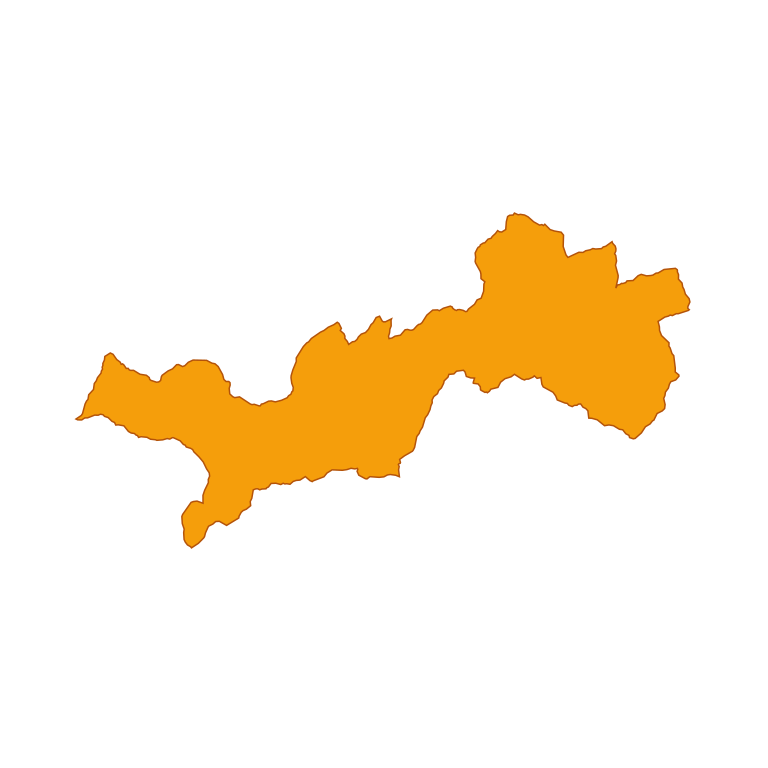 Yungay, Áncash, Peru, rotated 206°
{"feature_id": "86281439B99310220517112", "entity_name": "Yungay", "entity_type": "district", "adm_level": 2, "iso_a3": "PER", "parent_name": "Peru", "parent_adm1": "Áncash", "projection": "robinson", "projection_center": [-77.695, -9.174], "detail": "fine", "context": "isolated", "style": "filled", "palette": "amber", "viewbox_px": 768, "rotation_deg": 206, "n_neighbors": 0, "source": "geoboundaries", "source_scale": "gbopen_adm2", "svg_char_len": 6159}
<svg xmlns="http://www.w3.org/2000/svg" viewBox="0 0 768 768"><g transform="rotate(206 384 384)"><path d="M643.6,291.9L647.0,286.4L645.8,283.0L645.7,279.2L644.8,277.5L644.7,275.6L643.5,274.0L643.7,271.8L643.1,269.7L644.3,264.1L644.0,260.7L644.6,257.4L642.7,251.7L644.7,244.9L643.3,240.4L643.9,238.3L643.9,235.0L642.0,225.2L642.3,223.0L645.5,217.5L643.6,217.5L639.9,219.2L638.1,222.3L635.5,223.7L630.4,229.2L627.3,230.6L625.5,232.6L623.0,233.2L621.0,232.4L617.2,232.9L612.1,231.2L609.3,231.3L607.1,229.5L605.0,230.8L599.5,232.4L592.9,229.3L589.8,229.1L586.6,230.1L584.5,229.4L582.9,229.6L581.2,228.4L579.3,230.1L573.7,232.2L569.7,232.0L565.0,233.7L563.5,233.8L558.4,236.8L555.0,239.9L552.4,240.6L550.7,243.0L549.8,243.4L542.3,243.6L537.8,241.7L535.9,241.9L534.1,240.7L529.7,241.4L527.3,241.2L525.0,239.6L518.6,237.5L512.3,234.7L506.2,229.9L502.2,227.6L500.3,224.7L500.1,221.2L498.6,218.3L498.6,209.9L497.9,204.6L494.4,197.5L500.7,196.8L503.8,194.8L505.5,193.0L507.8,178.5L507.6,176.3L504.1,170.1L500.0,166.0L498.9,162.6L495.5,156.6L493.3,154.8L490.1,153.2L486.6,153.0L485.2,152.3L481.0,159.4L478.6,166.5L478.4,168.1L479.2,172.0L479.4,178.5L479.2,179.5L476.4,183.1L475.0,186.6L471.8,188.4L463.5,187.9L455.8,199.9L456.3,201.6L456.1,206.1L455.2,208.4L452.8,211.2L450.5,216.2L452.7,219.7L452.7,223.3L455.1,231.6L453.2,233.6L451.4,234.5L449.3,234.4L447.8,236.0L444.1,238.1L444.0,239.2L442.7,240.8L441.9,245.1L437.7,247.4L432.7,248.4L431.1,250.6L429.3,250.7L427.8,251.7L424.5,252.7L422.9,256.6L420.7,258.8L417.4,260.8L414.1,266.3L408.2,264.7L405.7,264.8L405.1,266.0L397.3,274.3L396.2,279.0L393.0,284.1L383.6,288.2L379.8,290.8L376.7,293.8L373.0,294.9L370.9,296.5L370.1,295.8L369.9,293.7L366.7,291.0L359.2,290.7L357.7,291.2L356.1,294.5L347.4,298.0L343.4,300.5L341.0,303.8L338.7,305.4L333.5,307.1L329.5,307.4L333.3,313.3L334.2,316.5L335.8,317.9L335.7,318.8L334.7,319.8L334.8,320.7L336.9,323.1L334.0,328.6L329.0,336.0L328.7,337.4L328.7,340.5L331.5,351.1L330.7,355.0L331.0,357.7L330.5,362.1L332.1,371.7L331.3,375.6L331.4,381.1L332.3,384.9L332.4,388.2L333.8,390.8L333.7,394.6L331.7,398.7L332.0,402.2L330.7,405.6L330.7,410.7L331.3,413.2L329.5,418.2L329.9,421.1L325.6,423.7L324.4,427.3L318.6,431.2L316.4,430.3L313.3,426.9L308.7,427.5L305.2,429.0L304.5,424.5L304.0,423.8L299.5,425.3L296.3,423.8L294.7,421.1L294.0,420.9L289.6,420.7L288.3,421.7L287.3,421.4L286.1,423.6L285.7,426.2L280.1,430.9L280.0,436.7L277.6,441.8L272.9,446.2L271.0,449.9L262.4,448.9L259.5,449.2L258.3,450.7L256.2,451.8L253.1,455.5L252.5,457.2L248.9,456.2L245.8,458.6L242.0,453.0L239.6,451.2L228.5,450.7L224.4,448.5L221.3,445.6L213.1,446.2L210.8,446.9L208.5,445.9L204.9,446.2L203.6,448.2L201.2,449.5L200.5,451.1L198.5,452.3L195.0,450.4L191.9,450.4L189.0,449.3L185.0,443.1L182.1,444.3L176.6,445.3L167.5,443.2L163.9,445.8L159.5,447.1L152.6,446.5L149.4,447.5L144.9,445.3L141.3,445.2L139.8,443.5L135.9,444.0L134.4,445.2L131.2,452.9L130.3,460.2L127.3,464.8L126.5,468.6L125.6,469.8L125.6,477.2L122.1,481.8L121.0,484.9L122.3,488.7L126.3,493.7L126.4,496.7L127.5,500.1L126.6,504.9L127.4,509.0L127.2,511.8L123.6,515.5L122.3,520.3L123.0,521.4L127.5,522.5L129.2,526.0L136.0,536.5L138.5,537.6L142.7,541.9L144.5,542.9L145.9,546.0L155.8,549.2L159.8,552.9L161.5,556.1L165.1,560.4L160.9,567.3L158.1,569.7L157.0,571.4L154.8,571.9L152.2,575.3L150.4,576.1L142.7,583.5L142.2,584.6L144.0,585.1L144.8,586.6L145.0,591.8L147.2,594.5L152.5,596.9L155.9,600.6L158.0,602.1L160.4,605.4L165.3,607.3L167.2,611.4L169.5,613.4L170.0,614.6L170.6,615.3L172.8,615.7L182.5,609.7L186.3,604.0L188.1,602.9L190.1,599.7L191.7,598.5L195.4,596.3L200.9,595.3L203.1,592.7L205.5,586.2L210.8,583.2L211.2,581.1L213.4,579.0L214.6,578.6L215.6,576.8L217.6,575.3L217.7,571.8L220.2,582.1L221.1,584.2L228.0,592.2L228.9,596.5L232.1,601.2L233.8,602.1L233.9,605.0L234.8,607.2L236.6,609.3L240.2,610.7L241.4,611.9L245.1,605.0L247.1,603.2L247.8,601.1L252.9,598.1L255.7,597.3L257.4,595.1L261.1,592.2L262.8,589.5L266.6,587.8L274.2,578.4L277.1,579.9L283.2,586.1L287.9,596.5L291.3,598.1L298.0,596.2L302.4,595.6L309.5,598.1L310.2,596.3L312.0,596.5L313.8,595.0L320.6,595.4L327.8,597.4L331.7,597.5L335.7,596.3L337.6,594.9L341.7,594.8L342.0,592.5L345.1,590.7L346.3,588.7L345.2,583.5L342.3,576.2L344.8,572.2L347.0,571.4L349.1,571.7L349.8,568.1L351.4,564.0L351.6,562.0L354.0,559.8L355.3,555.1L356.6,554.2L358.4,551.3L358.2,549.6L359.3,548.1L359.5,546.5L359.5,541.7L357.1,537.9L355.8,534.1L354.7,532.9L346.7,527.3L345.1,525.3L343.0,521.2L338.2,520.1L338.0,517.6L335.1,511.0L334.3,503.7L337.2,500.4L337.6,495.3L340.9,488.5L341.3,485.6L342.4,484.8L345.1,484.9L348.6,484.1L350.5,483.0L351.0,481.9L353.1,481.7L355.5,482.2L356.3,483.1L358.5,483.1L363.9,478.1L366.4,474.1L368.3,474.1L372.6,471.8L375.7,464.7L376.7,455.9L377.6,453.8L379.0,452.7L379.9,450.8L381.3,446.0L382.4,444.7L384.1,443.8L386.7,443.4L388.8,442.0L390.6,435.1L395.1,431.8L397.0,428.8L399.4,427.0L400.9,429.0L401.4,432.4L402.7,435.8L403.0,439.3L405.6,444.4L405.8,445.9L410.0,440.5L411.8,439.6L413.2,439.8L417.7,443.0L420.2,440.3L420.6,434.4L421.7,431.6L421.9,426.4L423.2,422.1L426.3,418.9L427.6,415.2L427.8,412.1L429.0,409.4L430.9,408.1L433.1,404.1L435.6,406.2L439.2,407.8L440.1,409.9L442.0,411.6L446.8,412.9L446.7,415.3L451.1,418.7L453.1,419.0L455.1,415.3L459.0,410.6L461.4,405.8L463.8,402.8L469.3,393.0L470.2,388.8L471.5,387.0L472.9,382.3L474.3,368.9L472.7,365.8L472.1,356.7L471.1,350.8L470.3,348.8L467.2,344.2L464.1,341.2L462.9,337.9L463.4,336.7L463.2,333.9L464.6,331.7L465.0,329.2L469.0,324.4L473.8,320.3L477.8,319.4L480.2,318.0L483.9,313.3L485.4,312.2L485.6,310.2L486.6,309.6L491.7,308.9L493.6,307.6L495.3,307.4L508.2,309.1L512.2,306.3L514.4,306.3L518.3,307.5L521.2,312.2L521.8,315.6L523.0,317.7L524.6,318.2L527.1,317.0L529.9,317.9L533.3,321.8L540.7,327.0L544.8,328.1L547.8,327.3L553.8,327.5L566.1,321.8L569.4,317.8L571.0,313.2L572.7,311.4L577.2,311.4L578.9,310.4L580.7,304.9L583.8,301.1L587.2,294.6L587.3,293.0L586.3,289.2L587.4,287.1L589.2,285.9L595.1,285.1L596.5,285.4L597.9,286.9L601.4,287.7L607.6,285.8L615.1,286.5L617.6,285.2L619.1,285.0L620.8,285.9L622.5,285.0L626.1,287.1L627.8,287.5L628.8,286.5L630.7,288.0L634.9,288.8L640.5,291.9L643.6,291.9Z" fill="#f59e0b" stroke="#b45309" stroke-width="1.5"/></g></svg>